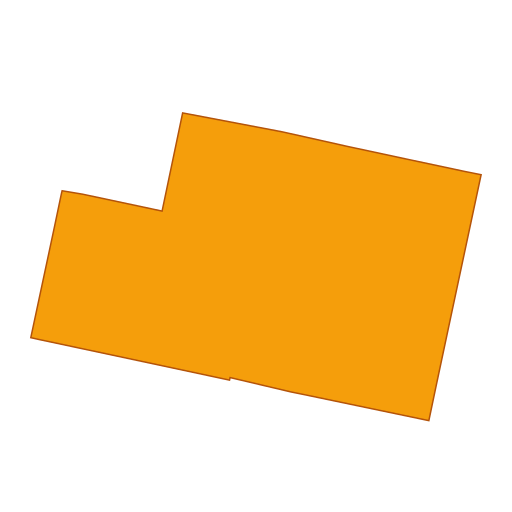 Caddo, Oklahoma, United States of America (Mercator projection), rotated 282°
{"feature_id": "52423323B82661835696463", "entity_name": "Caddo", "entity_type": "district", "adm_level": 2, "iso_a3": "USA", "parent_name": "United States of America", "parent_adm1": "Oklahoma", "projection": "mercator", "projection_center": [-98.392, 35.203], "detail": "fine", "context": "isolated", "style": "filled", "palette": "amber", "viewbox_px": 512, "rotation_deg": 282, "n_neighbors": 0, "source": "geoboundaries", "source_scale": "gbopen_adm2", "svg_char_len": 440}
<svg xmlns="http://www.w3.org/2000/svg" viewBox="0 0 512 512"><g transform="rotate(282 256 256)"><path d="M129.3,52.7L129.2,61.7L129.2,103.9L129.1,255.9L131.7,255.9L130.3,318.2L130.4,328.3L130.9,459.3L166.4,459.2L241.8,459.2L382.3,459.3L382.1,442.5L382.1,383.5L382.2,323.3L382.9,256.2L380.7,154.5L283.0,154.8L280.4,154.8L280.4,73.3L279.5,52.8L277.1,52.7L242.3,52.8L129.3,52.7Z" fill="#f59e0b" stroke="#b45309" stroke-width="1.5"/></g></svg>